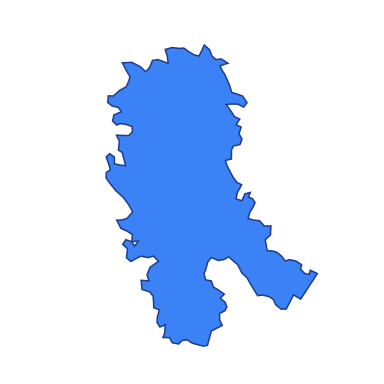 Novo Itacolomi, Paraná, Brazil (Robinson projection), rotated 156°
{"feature_id": "56859067B16333418565367", "entity_name": "Novo Itacolomi", "entity_type": "district", "adm_level": 2, "iso_a3": "BRA", "parent_name": "Brazil", "parent_adm1": "Paraná", "projection": "robinson", "projection_center": [-51.532, -23.781], "detail": "fine", "context": "isolated", "style": "filled", "palette": "blue", "viewbox_px": 384, "rotation_deg": 156, "n_neighbors": 0, "source": "geoboundaries", "source_scale": "gbopen_adm2", "svg_char_len": 2570}
<svg xmlns="http://www.w3.org/2000/svg" viewBox="0 0 384 384"><g transform="rotate(156 192 192)"><path d="M265.9,58.5L261.6,60.4L256.4,58.8L253.3,53.8L244.4,46.6L240.3,45.6L230.8,57.2L218.6,57.8L218.7,64.0L216.2,69.8L210.5,70.1L207.0,72.6L206.5,77.7L209.4,83.5L204.0,85.5L207.6,91.5L211.1,96.6L210.5,102.9L215.3,106.2L214.2,112.5L211.2,115.3L205.9,121.8L200.9,124.2L195.9,118.8L190.3,117.3L184.8,117.8L182.5,112.5L179.8,107.0L179.4,97.8L176.6,91.0L175.9,83.5L175.0,76.7L174.2,70.6L169.3,69.1L164.0,64.9L161.4,60.7L161.4,54.9L158.3,48.8L153.5,46.7L141.1,56.7L136.3,49.9L110.7,66.5L115.7,72.4L118.6,69.1L122.2,71.7L124.2,77.4L121.4,81.0L125.2,86.8L130.7,90.7L134.8,91.0L136.3,97.1L139.0,102.4L142.2,105.2L147.2,107.9L145.7,113.6L144.6,118.6L137.8,120.8L133.7,128.9L139.8,131.5L142.0,138.4L147.2,141.3L151.5,145.0L147.2,150.1L142.9,152.9L138.7,156.7L139.4,161.3L142.5,164.3L138.9,167.9L144.4,168.8L150.0,163.7L154.6,167.8L150.7,173.1L143.7,178.4L147.0,182.4L148.5,189.3L149.3,202.4L148.6,207.2L142.6,206.1L138.7,214.5L135.3,217.2L128.9,215.8L124.8,220.0L125.3,226.1L120.7,231.4L124.4,235.4L118.7,239.2L122.5,243.6L123.7,250.9L125.2,258.1L120.4,256.4L114.4,253.6L110.3,248.6L105.4,251.2L106.8,259.2L110.0,262.2L115.2,266.8L114.3,274.4L114.2,285.4L114.9,290.2L115.2,295.8L110.9,295.5L106.8,295.0L111.1,301.6L116.3,303.3L118.5,308.1L118.1,314.9L121.0,321.3L126.4,316.5L130.3,313.4L134.4,316.5L137.4,320.8L140.9,326.8L145.7,328.6L151.5,332.1L158.5,333.1L159.4,326.1L161.4,319.2L169.2,326.8L174.6,328.3L180.0,323.1L185.3,320.7L188.3,327.6L194.2,334.9L203.1,338.4L202.6,329.9L201.8,322.8L204.4,319.2L209.4,314.9L216.2,314.4L224.8,311.7L229.4,313.9L232.5,308.1L230.0,303.1L224.7,298.9L224.0,294.0L232.0,294.2L235.7,289.2L233.7,283.9L229.6,283.6L224.8,280.6L220.0,276.1L222.0,271.2L227.0,269.3L237.9,274.6L237.7,268.0L242.2,260.2L239.7,256.4L241.1,248.1L241.9,243.0L247.2,246.2L251.4,249.3L248.7,255.6L251.6,260.5L256.2,258.9L256.6,252.3L257.6,245.4L262.3,244.8L264.8,239.8L263.7,234.2L261.1,224.3L257.0,215.0L255.1,206.6L254.2,198.0L262.2,194.3L267.6,195.1L272.2,196.9L271.8,187.7L267.3,182.7L263.7,177.4L267.2,171.1L271.9,175.4L276.6,172.3L274.0,166.3L278.6,158.7L276.2,153.4L270.5,153.9L264.7,154.2L258.8,149.9L253.4,149.2L250.7,142.3L256.1,141.3L260.9,140.3L266.8,134.7L267.5,128.4L274.4,132.0L277.3,123.4L271.2,117.8L269.9,112.5L271.6,107.8L274.0,101.9L269.8,97.6L274.7,91.6L277.0,87.0L276.2,81.7L270.5,81.5L274.2,74.4L277.7,70.9L271.8,68.1L271.4,62.3L265.9,58.5ZM267.2,171.1L261.1,169.0L266.6,165.8L267.2,171.1Z" fill="#3b82f6" stroke="#1e3a8a" stroke-width="1.5"/></g></svg>